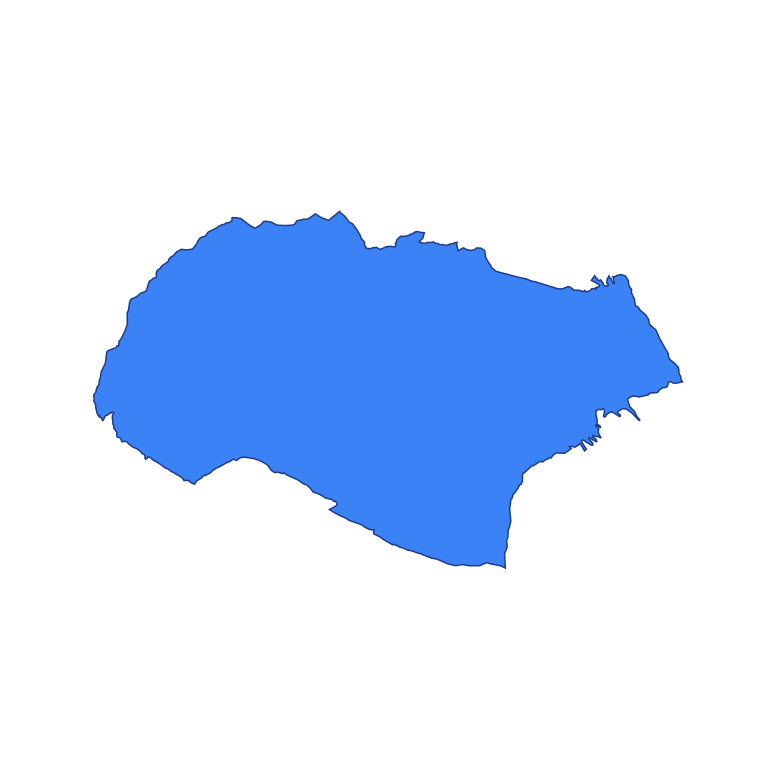 Soimari, Prahova, Romania, rotated 240°
{"feature_id": "2599482B11828536886615", "entity_name": "Soimari", "entity_type": "district", "adm_level": 2, "iso_a3": "ROU", "parent_name": "Romania", "parent_adm1": "Prahova", "projection": "equal_earth", "projection_center": [26.208, 45.169], "detail": "fine", "context": "isolated", "style": "filled", "palette": "blue", "viewbox_px": 768, "rotation_deg": 240, "n_neighbors": 0, "source": "geoboundaries", "source_scale": "gbopen_adm2", "svg_char_len": 6159}
<svg xmlns="http://www.w3.org/2000/svg" viewBox="0 0 768 768"><g transform="rotate(240 384 384)"><path d="M494.9,494.6L496.8,491.7L499.5,488.9L500.2,486.5L499.9,483.9L500.5,481.3L500.2,481.3L500.4,479.9L501.4,475.9L503.7,472.1L502.3,466.8L500.7,465.5L500.0,464.1L497.7,463.1L497.2,461.9L500.0,458.5L501.7,454.7L502.4,448.0L506.2,445.7L507.6,442.3L508.0,439.7L510.3,436.6L514.4,436.8L516.1,437.9L518.6,437.8L521.9,436.9L523.9,437.7L525.8,437.8L532.8,437.5L538.6,436.8L541.3,434.9L548.8,434.0L553.7,432.1L555.7,431.9L553.4,417.9L559.5,412.8L565.7,409.7L564.9,401.6L565.6,398.9L566.9,396.9L567.4,394.4L569.0,390.4L567.3,387.2L567.0,385.9L567.3,384.3L570.6,377.7L574.6,371.4L575.9,370.2L580.3,367.6L584.2,362.9L584.8,360.6L583.5,356.7L583.4,350.1L590.0,346.4L598.6,342.9L601.3,340.0L604.0,335.7L601.5,333.9L601.2,330.6L602.4,327.9L602.1,325.3L602.9,323.8L603.3,319.1L602.8,317.6L603.5,307.8L601.4,303.3L602.5,298.2L601.2,294.8L599.3,292.3L597.2,287.5L596.7,285.4L598.7,280.2L602.0,275.8L602.2,270.5L600.5,265.9L600.5,262.6L599.9,260.6L598.0,258.1L597.3,250.2L596.0,248.1L595.8,244.6L594.0,242.3L590.1,240.1L590.2,238.7L591.0,237.1L590.3,234.2L590.4,232.7L589.4,230.9L584.4,225.8L583.4,224.0L584.3,218.3L583.5,215.2L583.4,210.7L583.9,208.1L583.7,207.1L582.6,205.1L575.7,199.6L574.2,197.3L564.5,191.8L560.0,187.0L554.6,179.1L553.9,177.6L553.8,176.3L549.8,173.2L550.5,171.7L549.5,170.3L550.8,162.1L550.4,159.9L541.4,153.2L535.9,145.1L531.7,141.9L528.3,138.3L526.2,137.1L524.3,133.3L521.1,130.4L519.5,126.9L515.8,125.5L514.7,124.2L510.2,123.9L508.0,122.7L501.7,120.8L498.3,120.9L498.7,121.7L496.7,121.5L495.8,122.2L493.1,122.0L493.1,122.9L495.3,125.8L495.9,127.4L495.3,128.6L495.8,131.3L495.4,133.4L495.8,134.5L494.3,135.8L493.1,133.6L491.5,132.3L484.4,129.1L482.8,129.1L480.7,127.8L478.9,128.5L477.8,128.1L475.8,128.6L473.1,126.9L471.2,126.4L469.4,128.5L467.7,128.7L465.4,128.0L464.6,128.7L464.3,130.4L462.4,132.6L460.4,132.7L454.4,135.2L452.1,137.3L447.0,139.6L444.8,139.6L443.3,140.9L441.8,141.1L440.2,140.7L439.6,140.0L438.1,139.9L438.0,141.7L439.0,143.3L437.0,144.9L434.1,145.8L427.3,149.7L421.1,152.3L418.8,154.1L414.0,156.4L411.6,158.2L410.3,158.5L406.6,160.9L403.1,162.4L400.2,162.6L399.6,164.5L398.8,165.1L398.3,166.5L395.6,167.2L391.9,169.8L393.7,173.3L393.9,179.1L394.7,181.0L394.6,183.6L394.1,184.0L393.8,189.1L394.7,192.2L395.0,197.0L394.6,199.5L394.5,208.5L393.9,211.9L394.4,214.9L393.8,216.3L391.6,217.9L392.0,222.9L390.5,226.6L384.0,234.5L379.1,238.6L374.5,241.4L371.8,242.7L365.6,243.2L362.5,244.7L361.6,245.5L361.0,247.7L357.1,251.4L356.8,253.3L354.1,254.2L343.6,261.7L338.3,264.1L335.0,266.7L330.2,268.1L325.8,268.6L321.9,272.1L317.2,275.2L314.6,276.1L309.6,281.5L307.7,281.7L306.6,283.2L303.7,283.9L302.4,281.4L302.6,274.0L297.1,276.8L294.2,278.8L293.1,279.2L286.8,284.0L283.4,285.5L273.5,294.1L268.8,296.2L265.4,298.6L262.5,302.4L261.3,301.0L259.4,300.2L253.0,304.4L250.5,305.3L240.5,311.0L240.7,311.6L240.1,312.2L236.4,315.4L235.7,315.3L232.1,318.9L228.6,321.2L225.5,324.7L219.8,329.5L218.5,331.3L216.7,332.2L208.7,338.8L206.7,341.5L203.5,344.1L196.7,349.0L191.3,354.7L189.9,357.2L189.8,358.7L187.6,362.7L183.9,367.1L178.8,376.0L178.0,383.6L175.0,386.3L168.1,394.3L164.0,397.0L176.3,403.4L177.8,404.8L180.7,408.7L183.5,410.4L187.0,411.7L189.5,414.8L195.1,418.3L197.0,420.7L201.9,425.3L213.1,430.4L220.9,436.5L220.9,437.6L224.0,440.8L224.4,442.9L226.6,447.6L228.8,451.1L228.7,452.9L230.6,455.3L234.8,457.7L237.1,459.6L237.0,461.3L239.3,471.4L238.5,472.6L239.0,479.7L238.1,481.6L237.1,482.5L237.7,486.0L237.2,487.5L237.4,490.2L236.4,491.8L237.9,495.1L238.2,498.9L233.7,505.7L234.4,513.8L237.1,513.4L235.4,516.3L233.8,517.8L234.0,524.2L225.8,524.2L226.3,526.6L235.3,526.3L236.2,526.8L236.4,527.8L235.0,528.9L227.1,533.1L226.7,534.2L227.8,534.9L229.3,535.0L234.0,533.8L235.0,534.6L234.3,535.5L233.0,535.9L227.8,539.0L228.0,539.7L229.6,540.0L234.0,538.3L235.0,538.9L234.8,539.7L232.5,541.1L231.4,543.3L229.3,544.3L229.3,545.1L233.5,545.1L235.9,545.8L237.5,547.4L242.3,546.4L242.7,547.1L242.5,547.8L238.7,549.0L238.2,549.7L239.5,550.2L242.3,548.7L243.3,548.8L246.5,550.7L252.5,552.6L255.0,554.9L254.6,557.2L253.1,559.2L253.2,561.0L252.3,562.0L249.1,560.7L247.0,558.4L246.0,558.0L245.2,558.3L245.0,559.5L246.0,561.1L246.5,563.5L246.4,566.6L245.0,568.1L238.1,571.6L238.0,572.6L239.0,573.2L242.1,571.9L243.3,572.8L243.3,577.8L242.9,579.1L241.5,580.8L240.3,582.0L238.1,582.6L236.0,583.9L225.2,586.6L224.7,587.1L225.3,587.6L229.2,586.8L235.0,587.2L241.7,585.5L248.0,586.9L249.2,587.6L249.5,589.7L249.3,592.7L247.6,596.0L245.3,598.2L242.4,607.7L243.5,610.0L242.4,611.2L240.1,616.0L240.1,617.9L241.2,619.0L241.4,623.6L240.4,625.5L240.1,627.6L240.7,628.8L243.2,630.9L243.0,632.8L242.5,633.8L240.3,634.8L238.7,637.1L236.6,643.6L239.2,643.4L241.9,644.6L246.4,644.9L248.5,646.3L251.2,647.2L256.8,645.9L262.2,643.9L264.8,643.9L268.3,645.3L284.7,645.4L294.8,646.5L300.6,644.5L300.2,644.3L300.4,644.0L303.7,644.0L307.4,645.4L313.1,645.2L319.4,642.8L324.2,642.4L325.2,641.2L326.2,640.9L332.2,643.3L339.0,643.8L342.3,645.7L344.2,645.3L347.7,645.6L351.3,647.2L356.8,647.1L359.7,644.6L360.4,643.3L361.5,640.6L361.6,637.1L362.5,636.0L356.2,633.9L355.9,633.4L358.2,632.7L362.0,633.4L362.8,632.7L365.1,632.9L363.1,629.5L360.0,627.4L358.8,627.9L357.1,627.5L357.1,626.8L359.0,623.7L362.6,624.1L365.4,623.7L366.1,623.5L365.8,622.3L367.5,620.9L369.2,621.3L369.7,620.7L372.5,620.6L370.1,615.4L363.7,619.4L362.0,619.9L361.2,619.7L360.7,618.0L361.5,616.8L361.5,615.2L360.3,615.4L359.9,614.9L361.2,614.0L362.7,611.7L361.8,609.4L362.4,605.7L364.8,604.5L364.1,603.1L368.0,599.4L370.3,595.2L372.0,595.0L375.3,593.3L376.3,591.8L377.3,585.8L379.4,582.3L396.9,566.1L399.6,563.0L403.5,560.1L409.7,553.3L425.4,537.5L430.9,535.3L433.4,535.6L439.4,535.2L443.1,535.5L449.2,537.9L453.2,535.8L455.5,532.3L455.0,529.9L455.9,526.7L458.6,523.1L462.2,520.9L462.4,515.0L462.6,514.8L469.4,517.1L470.0,518.2L471.0,515.8L471.2,512.9L472.2,511.5L472.2,508.9L473.2,507.5L473.6,506.0L475.5,504.5L476.5,502.0L478.5,501.1L480.7,498.5L482.3,497.8L483.8,493.9L485.1,492.3L485.2,489.8L488.8,485.6L489.2,485.4L489.7,486.0L490.8,490.4L494.9,494.6Z" fill="#3b82f6" stroke="#1e3a8a" stroke-width="1.5"/></g></svg>